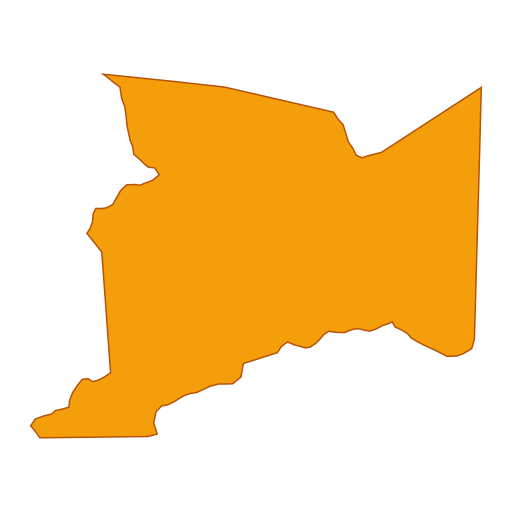 Gurjão, Paraíba, Brazil
{"feature_id": "56859067B53203930755838", "entity_name": "Gurjão", "entity_type": "district", "adm_level": 2, "iso_a3": "BRA", "parent_name": "Brazil", "parent_adm1": "Paraíba", "projection": "equal_earth", "projection_center": [-36.483, -7.267], "detail": "fine", "context": "isolated", "style": "filled", "palette": "amber", "viewbox_px": 512, "rotation_deg": 0, "n_neighbors": 0, "source": "geoboundaries", "source_scale": "gbopen_adm2", "svg_char_len": 1530}
<svg xmlns="http://www.w3.org/2000/svg" viewBox="0 0 512 512"><path d="M481.3,87.4L381.4,152.4L367.3,156.0L362.0,157.8L356.1,155.1L352.9,148.4L348.4,141.9L345.8,133.4L343.1,124.7L337.6,118.6L333.6,112.2L224.6,87.1L178.9,82.0L103.2,74.2L110.0,79.3L113.8,82.6L120.0,87.1L121.6,98.2L124.8,106.7L126.3,117.2L126.8,124.3L128.4,132.4L130.3,140.9L132.6,146.3L133.8,154.3L139.9,159.5L144.2,163.8L148.4,167.2L154.8,167.9L159.2,174.8L152.4,180.4L147.7,182.1L139.9,185.2L134.4,184.5L126.4,184.9L120.6,190.6L116.3,198.1L112.8,204.5L106.7,207.8L101.9,208.5L95.8,208.5L93.2,213.6L92.5,221.8L90.2,228.4L86.9,233.3L101.8,252.1L110.6,372.8L103.3,377.6L98.0,380.1L92.7,381.7L88.0,378.6L82.2,379.4L77.9,384.7L72.6,392.6L69.7,400.0L68.9,407.1L62.3,409.1L55.6,410.5L51.3,414.1L44.0,415.9L35.4,419.0L30.7,425.7L36.4,432.8L39.9,437.8L147.9,436.5L157.2,434.1L153.7,422.9L156.0,411.8L161.5,406.0L168.1,404.7L174.9,401.3L180.0,398.0L184.3,395.6L189.9,393.5L196.5,392.6L209.8,386.4L218.6,384.0L226.8,384.0L232.6,383.8L240.9,377.1L243.4,363.5L277.3,352.7L281.1,346.9L287.4,341.9L294.1,344.8L300.9,346.6L305.5,347.9L310.2,347.1L316.0,343.2L320.0,339.1L323.8,334.6L328.8,331.3L336.5,332.4L344.5,332.6L349.9,330.3L354.4,329.0L359.2,328.7L364.4,330.3L369.8,331.1L376.7,328.7L383.0,325.3L387.8,323.9L392.3,321.8L395.1,327.0L401.4,329.9L407.2,333.3L411.2,338.0L417.4,341.7L422.7,344.5L427.9,346.9L435.0,350.2L441.0,353.2L447.1,356.4L456.9,356.0L463.4,353.6L471.7,348.6L474.4,339.4L479.7,149.3L481.3,87.4Z" fill="#f59e0b" stroke="#b45309" stroke-width="1.5"/></svg>